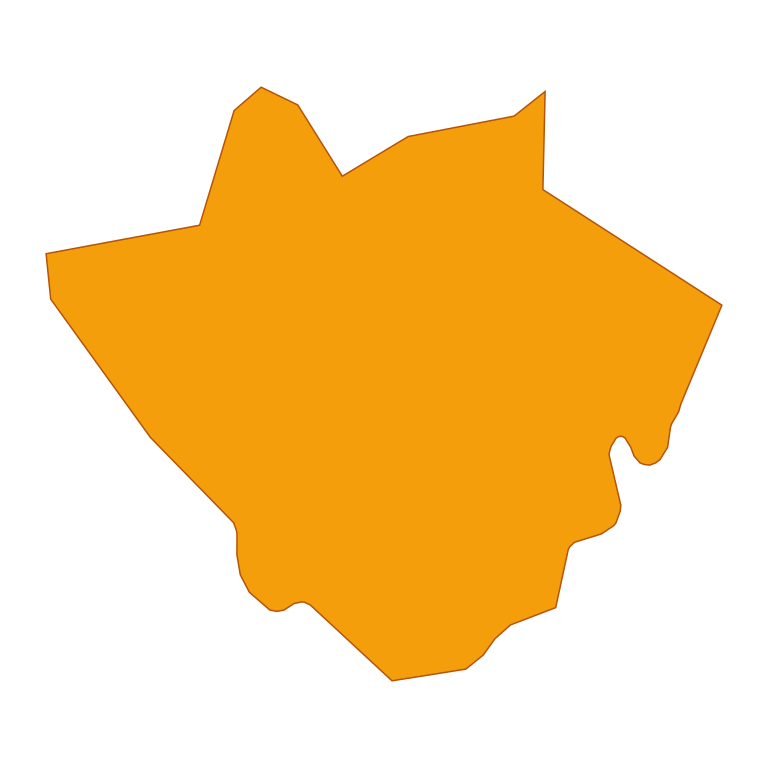 the London Borough of Barnet
{"feature_id": "GBR-5705", "entity_name": "Barnet", "entity_type": "London Borough", "adm_level": 1, "iso_a3": "GBR", "parent_name": "United Kingdom", "parent_adm1": "", "projection": "robinson", "projection_center": [-0.185, 51.612], "detail": "fine", "context": "isolated", "style": "filled", "palette": "amber", "viewbox_px": 768, "rotation_deg": 0, "n_neighbors": 0, "source": "natural_earth", "source_scale": "10m", "svg_char_len": 871}
<svg xmlns="http://www.w3.org/2000/svg" viewBox="0 0 768 768"><path d="M261.1,87.2L297.8,105.0L342.3,176.2L408.2,136.5L514.1,116.1L545.1,91.5L542.9,189.6L721.9,305.2L680.9,403.9L678.6,411.9L671.7,423.6L670.5,427.2L667.6,447.3L660.1,459.5L655.8,462.8L649.8,465.1L644.2,464.5L639.9,462.8L634.0,455.9L630.8,447.3L625.1,438.1L622.8,436.6L620.7,436.3L618.6,436.6L616.2,438.1L611.2,446.2L609.5,451.6L609.2,453.6L609.3,455.9L620.8,505.2L620.2,511.3L615.9,523.0L613.8,525.6L601.4,533.9L574.4,542.3L569.4,547.1L568.2,549.8L555.7,607.6L510.5,624.9L494.9,638.8L483.2,655.1L465.8,669.1L392.0,680.8L310.3,605.0L304.4,602.2L301.8,601.9L294.1,603.5L283.9,610.1L276.8,611.4L269.8,610.0L249.4,592.3L240.3,574.8L236.9,554.6L237.0,533.4L236.3,530.1L233.6,522.7L150.4,437.4L50.7,299.1L46.1,253.7L199.6,225.2L234.1,110.6L261.1,87.2Z" fill="#f59e0b" stroke="#b45309" stroke-width="1.5"/></svg>